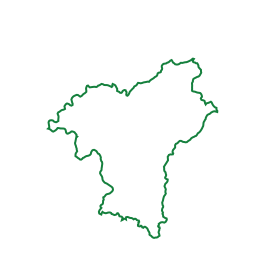 the district of Botumirim, Minas Gerais, Brazil, rotated 204°
{"feature_id": "56859067B82959526320551", "entity_name": "Botumirim", "entity_type": "district", "adm_level": 2, "iso_a3": "BRA", "parent_name": "Brazil", "parent_adm1": "Minas Gerais", "projection": "mercator", "projection_center": [-43.005, -16.951], "detail": "fine", "context": "isolated", "style": "outline", "palette": "green", "viewbox_px": 256, "rotation_deg": 204, "n_neighbors": 0, "source": "geoboundaries", "source_scale": "gbopen_adm2", "svg_char_len": 5713}
<svg xmlns="http://www.w3.org/2000/svg" viewBox="0 0 256 256"><g transform="rotate(204 128 128)"><path d="M95.9,217.9L96.9,217.8L97.4,217.0L97.9,215.9L98.5,215.0L100.4,212.8L101.4,211.9L102.7,211.2L104.9,209.5L106.2,209.1L107.5,207.0L108.3,206.3L109.5,205.7L110.9,205.4L112.1,205.9L113.5,206.1L114.7,207.1L115.8,207.8L116.7,206.8L117.2,205.5L117.8,204.4L118.7,203.7L119.3,202.6L121.7,201.0L122.2,199.8L122.4,198.6L122.0,197.5L121.1,196.5L120.7,195.2L121.1,194.0L120.8,192.4L121.5,191.6L122.6,190.9L123.1,189.9L122.8,188.4L123.0,187.0L124.3,185.3L124.8,184.0L125.6,182.8L126.4,181.7L127.2,180.2L127.6,178.7L128.6,178.5L129.4,178.0L130.3,177.3L132.0,176.2L132.7,175.6L133.5,174.8L134.6,174.0L136.0,173.7L137.2,173.3L137.7,170.4L139.2,168.4L139.2,167.1L140.0,165.1L141.1,161.8L141.0,160.3L141.1,158.6L141.6,157.3L142.6,157.2L143.3,158.0L143.5,159.0L143.9,160.2L144.8,160.7L145.5,161.5L146.6,161.3L147.4,160.5L147.9,159.6L148.0,158.0L148.6,157.2L149.7,157.0L150.6,157.4L153.0,157.4L153.9,159.5L154.8,160.1L156.9,161.8L158.4,162.0L159.9,162.0L159.8,160.8L159.2,159.8L159.6,158.8L160.8,158.9L162.0,158.9L163.4,158.9L164.5,158.7L167.2,157.6L168.7,157.8L170.1,157.5L171.5,155.4L172.5,154.6L172.8,153.5L173.7,152.5L174.9,152.2L176.2,151.6L179.4,149.6L180.5,149.9L181.8,150.5L182.6,149.8L182.6,148.1L182.3,146.8L181.1,144.9L180.8,144.0L181.7,142.0L182.5,141.0L183.4,138.4L184.4,137.2L187.3,137.8L188.5,137.3L190.3,135.3L190.9,134.3L191.4,132.6L191.3,131.0L189.4,128.6L188.4,127.6L188.0,126.4L188.8,125.4L190.2,125.3L191.2,125.7L192.2,125.8L193.7,125.6L194.5,124.4L194.9,122.0L193.3,119.8L194.3,118.5L195.5,117.7L196.1,117.0L197.2,115.0L198.1,113.9L198.2,112.6L197.3,111.5L196.4,110.7L195.9,109.7L195.1,107.3L194.5,106.1L195.2,105.0L195.9,104.1L196.9,103.8L198.3,103.8L199.6,104.3L200.8,104.1L202.3,103.3L203.0,102.0L202.8,100.7L201.1,98.1L200.5,97.2L200.1,96.3L200.7,94.9L199.3,95.1L198.0,94.9L195.6,94.2L194.7,94.4L193.4,96.2L192.7,97.6L192.3,99.3L191.4,99.7L189.3,100.2L186.7,101.3L185.5,101.5L184.2,100.8L182.6,98.6L181.2,98.1L180.4,98.6L178.9,100.5L178.3,101.8L177.5,102.2L175.9,102.4L175.0,102.3L174.0,101.7L172.4,101.0L171.9,99.6L170.9,99.5L171.4,98.1L170.4,93.7L170.3,92.7L169.5,91.6L168.3,90.4L167.5,89.3L166.5,88.3L166.1,87.4L165.0,86.1L165.4,83.5L165.0,81.9L164.4,80.8L163.4,80.8L161.4,80.2L160.2,80.1L159.1,79.7L158.0,80.0L157.2,81.3L157.0,82.3L156.1,83.2L155.4,84.4L154.6,85.4L153.0,86.5L151.9,87.7L151.4,89.1L151.8,90.8L151.7,91.9L151.5,93.0L150.9,93.8L149.9,94.3L148.6,94.2L147.4,94.0L145.0,92.4L143.8,92.5L142.8,91.9L141.7,91.0L140.8,90.0L140.4,88.6L139.7,87.8L138.9,86.9L137.9,86.4L137.1,85.2L136.7,84.1L136.4,82.9L136.0,81.7L135.8,80.7L135.1,78.8L135.5,76.6L135.1,75.3L133.8,74.2L132.6,73.5L131.8,72.8L131.2,72.1L130.6,71.0L129.6,69.8L127.1,68.6L124.6,68.6L122.4,68.2L119.0,67.6L117.8,67.1L116.8,65.9L116.5,64.7L116.8,63.4L118.0,60.9L118.7,60.2L120.3,59.0L121.0,58.1L121.6,55.6L122.4,54.6L121.6,53.4L121.0,52.6L121.2,51.5L120.3,49.2L120.3,48.0L121.2,46.9L121.5,45.5L120.8,44.6L119.8,44.2L120.6,41.2L120.5,39.6L119.5,38.2L118.2,38.1L117.2,38.1L117.4,39.4L117.2,41.0L115.9,40.7L113.9,41.0L112.9,41.6L112.1,42.4L111.2,43.0L110.1,43.5L108.8,43.5L108.0,42.8L107.0,43.0L105.9,42.9L104.9,43.0L104.0,43.7L103.4,44.4L103.1,45.8L102.3,46.0L101.0,45.1L99.9,43.9L97.7,44.4L96.5,43.9L96.1,41.3L95.3,42.3L94.8,43.3L93.8,43.9L92.7,43.7L93.3,44.7L93.4,45.8L92.1,46.6L90.9,46.6L89.5,46.7L88.1,47.2L86.8,47.2L85.8,46.8L84.7,48.0L83.4,48.0L82.5,47.5L81.5,47.5L80.4,47.8L79.6,46.8L80.0,45.7L79.3,44.6L79.6,43.8L79.1,42.7L77.7,42.7L76.9,43.1L76.4,44.0L75.4,43.8L74.6,43.0L73.4,43.1L73.0,44.3L72.2,44.7L70.8,44.5L69.4,44.0L67.6,42.3L66.6,41.7L65.6,40.8L65.0,39.3L64.0,39.0L62.9,38.9L61.7,38.3L60.5,38.1L59.5,38.2L58.3,39.1L57.3,39.6L56.5,40.3L56.2,41.2L55.4,42.4L56.4,43.8L57.5,44.9L57.9,46.2L57.8,47.1L58.2,48.2L58.2,49.3L58.8,50.1L59.7,49.9L60.6,50.6L60.3,51.9L60.9,52.9L59.8,54.9L58.9,55.6L57.9,56.1L56.4,56.3L55.5,57.4L55.2,59.3L55.4,60.4L56.0,61.1L57.3,60.9L59.8,61.3L60.6,62.8L61.6,63.6L61.5,64.7L63.4,66.4L63.8,67.7L63.9,68.8L63.7,69.9L64.1,71.0L65.0,71.6L66.4,73.7L66.6,76.2L66.9,77.3L67.3,79.9L67.2,81.0L66.9,81.9L66.8,83.5L67.7,84.5L68.2,85.8L68.5,87.3L69.2,88.1L70.0,88.7L71.0,89.7L71.2,92.2L70.6,93.6L70.3,94.8L70.3,95.8L70.8,97.1L72.4,97.0L73.5,97.3L74.0,98.0L73.8,99.3L74.0,100.6L74.9,101.6L75.7,102.8L77.1,103.4L77.9,104.4L78.7,106.2L79.4,107.2L78.7,111.9L78.5,113.5L78.3,114.7L80.0,117.9L79.8,118.9L79.7,120.0L78.6,121.1L77.5,121.5L76.3,122.2L76.4,123.3L77.3,123.8L77.8,124.9L77.9,126.3L77.4,127.9L77.0,129.3L77.4,130.2L78.0,131.5L77.8,133.0L76.6,134.3L76.2,135.7L75.5,137.2L74.4,137.8L73.4,137.8L72.1,137.7L70.9,138.1L69.7,138.3L68.5,139.0L67.5,141.0L66.8,141.9L66.3,142.9L66.2,143.9L65.7,144.9L64.9,146.0L64.0,146.9L63.5,147.7L62.6,148.5L62.2,149.9L62.1,151.5L61.2,152.9L60.7,154.3L60.4,155.9L60.2,157.7L60.2,159.2L60.1,160.1L60.3,161.1L61.1,163.4L61.2,164.4L61.0,165.5L61.0,166.5L60.7,167.7L61.1,169.2L60.9,171.8L60.1,173.2L59.3,173.9L58.8,174.7L58.3,176.0L56.8,177.8L55.7,178.5L54.5,178.7L53.0,178.9L53.3,179.9L54.2,180.4L54.8,181.1L55.4,182.4L56.9,182.3L58.2,182.7L59.4,183.3L60.4,184.0L62.0,185.4L63.0,185.7L64.1,184.4L65.2,183.3L66.3,182.5L66.6,181.1L67.7,182.0L68.4,183.0L69.0,183.8L70.1,184.0L71.3,183.7L72.4,183.6L73.5,184.6L73.4,185.7L73.1,186.6L73.9,187.8L74.9,188.7L76.1,189.3L77.3,189.1L78.5,188.7L79.6,188.5L81.6,188.4L83.0,188.0L84.3,187.9L85.0,188.6L85.2,189.6L85.8,190.7L86.8,193.2L87.6,194.6L87.8,195.6L87.6,196.7L88.1,198.0L88.2,199.4L87.6,200.3L85.5,202.9L84.5,203.7L83.9,205.0L83.6,208.3L84.4,209.5L85.0,210.8L87.4,211.8L88.5,212.5L89.1,213.7L90.1,214.6L91.1,215.3L92.3,214.8L93.4,215.1L94.3,214.8L95.3,214.8L96.2,215.6L95.9,217.9Z" fill="none" stroke="#15803d" stroke-width="2"/></g></svg>